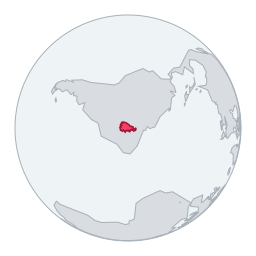 the Earth from above Tocantins, rotated 101°
{"feature_id": "BRA-596", "entity_name": "Tocantins", "entity_type": "State", "adm_level": 1, "iso_a3": "BRA", "parent_name": "Brazil", "parent_adm1": "", "projection": "orthographic", "projection_center": [-48.148, -9.274], "detail": "fine", "context": "on_globe", "style": "filled", "palette": "rose", "viewbox_px": 256, "rotation_deg": 101, "n_neighbors": 0, "source": "natural_earth", "source_scale": "10m", "svg_char_len": 9016}
<svg xmlns="http://www.w3.org/2000/svg" viewBox="0 0 256 256"><g transform="rotate(101 128 128)"><circle cx="128" cy="128" r="113" fill="#eef3f6" stroke="#a8b0b8"/><path d="M90.3,21.8L90.2,22.0L92.5,21.2L93.7,21.1L96.7,20.2L95.7,20.8L99.0,19.7L99.3,19.4L100.9,18.9L102.7,18.5L101.8,18.9L100.7,19.2L101.4,19.2L100.1,19.7L101.8,19.2L100.4,20.1L104.5,18.7L105.6,18.9L104.0,19.7L100.6,20.3L88.5,24.7L85.8,26.3L85.4,27.6L91.9,28.2L90.4,29.9L90.9,31.7L93.3,30.2L93.8,28.4L98.5,26.5L98.5,24.8L100.4,23.9L101.9,22.2L105.4,21.9L108.1,22.5L107.1,24.0L108.2,24.5L112.2,22.8L113.3,25.7L119.1,28.1L118.9,29.2L113.2,31.2L105.4,31.5L97.9,35.5L106.6,32.5L106.1,35.7L107.6,36.1L109.9,35.9L111.5,34.6L112.2,35.8L103.8,38.8L103.1,37.8L105.8,36.7L102.1,37.1L96.5,39.8L96.7,41.5L88.0,44.9L88.1,46.3L86.2,48.0L86.7,45.4L85.6,50.3L75.4,57.1L73.6,66.8L71.2,59.7L67.9,59.4L63.5,60.4L63.1,61.9L58.0,61.9L52.3,66.3L48.6,74.7L49.1,80.6L55.0,79.5L57.5,75.6L62.2,74.0L57.2,84.3L65.3,84.4L63.6,92.1L65.7,95.8L70.1,94.2L74.5,95.6L78.2,90.7L84.0,87.8L83.6,94.0L87.1,88.1L90.0,90.9L101.7,90.0L100.7,91.5L110.5,98.6L121.8,101.8L124.4,106.5L123.0,109.4L127.1,110.3L127.1,112.3L144.0,115.6L153.1,121.0L153.1,127.9L146.1,135.7L141.1,152.8L128.9,158.3L126.7,165.4L118.8,175.9L111.3,175.2L114.5,180.4L111.1,183.6L106.5,184.0L106.6,187.7L103.2,187.9L106.1,190.3L102.1,195.4L105.0,199.3L102.5,203.3L104.5,205.6L103.0,205.6L101.8,206.6L102.2,207.9L96.9,206.0L93.7,200.8L94.3,198.1L92.3,197.8L93.4,190.7L91.8,192.3L89.4,182.1L90.4,173.5L88.3,149.7L85.5,145.3L77.1,140.6L66.8,124.8L69.0,117.7L67.0,114.8L73.5,104.7L72.2,96.4L70.0,95.4L67.6,98.9L60.4,94.6L58.5,88.8L40.0,83.3L38.9,80.9L40.0,76.1L40.1,63.3L37.2,76.2L36.0,74.3L36.3,70.0L37.6,68.4L39.8,62.0L39.6,60.4L44.6,52.8L55.0,42.3L54.1,43.3L56.7,41.0L57.9,39.8L58.0,39.7L65.5,34.3L73.4,29.5L81.7,25.3L90.3,21.8ZM72.4,70.3L81.6,74.2L75.7,75.4L76.9,74.3L74.7,72.5L70.4,71.3L65.4,73.1L72.4,70.3ZM78.1,64.2L76.5,64.0L78.2,63.7L78.1,64.2ZM57.7,40.0L55.8,41.7L55.6,41.7L56.7,40.8L57.7,40.0ZM99.8,22.6L100.8,22.4L100.0,22.8L99.8,22.6ZM99.5,22.2L97.9,22.7L97.5,22.6L98.5,22.3L99.5,22.2ZM101.6,21.5L97.0,22.4L96.4,22.2L99.7,20.8L101.6,21.5ZM98.7,19.5L98.4,19.8L96.9,20.0L98.7,19.5ZM97.5,19.6L97.3,19.6L97.8,19.5L99.6,19.0L97.3,19.8L90.6,21.8L90.7,21.7L97.5,19.6ZM101.4,18.7L99.9,19.0L101.0,18.7L104.1,18.0L102.8,18.3L101.4,18.7ZM103.5,18.2L105.7,17.6L106.9,17.5L102.9,18.4L103.5,18.2ZM101.1,18.6L99.9,18.9L100.1,18.9L101.1,18.6ZM112.3,17.1L110.5,17.2L110.9,17.0L112.3,17.1ZM106.5,17.5L106.1,17.5L107.7,17.2L106.5,17.5ZM109.3,16.9L109.6,16.9L112.9,16.5L112.6,16.6L107.4,17.3L108.7,17.0L109.3,16.9ZM107.0,17.3L106.9,17.4L105.0,17.7L107.0,17.3ZM106.2,210.1L97.6,206.8L102.2,208.2L104.1,206.0L109.1,208.7L106.2,210.1ZM112.3,204.5L115.2,203.3L116.3,203.9L114.5,204.9L112.3,204.5ZM217.7,59.8L215.6,58.1L211.7,53.6L210.8,51.7L217.7,59.8ZM204.6,45.4L204.0,44.8L208.4,49.5L210.7,51.9L209.2,51.6L212.9,55.7L213.5,57.2L207.5,50.9L205.8,48.9L197.0,42.3L198.6,44.3L207.0,50.8L205.7,50.1L208.0,53.4L205.2,50.3L195.6,43.2L192.2,43.8L193.0,51.5L189.9,52.0L185.0,50.1L179.5,41.8L187.0,41.8L185.2,39.4L179.2,35.8L182.0,36.3L180.5,35.0L182.9,35.1L181.9,32.5L183.7,32.6L179.1,29.2L179.4,29.0L182.0,30.9L184.8,32.6L188.7,33.6L188.2,33.1L184.9,30.9L186.4,31.7L182.7,29.6L182.8,29.6L190.5,34.3L197.8,39.6L204.6,45.4ZM181.2,28.7L179.6,27.9L175.6,25.9L175.1,25.7L181.2,28.7ZM172.9,24.7L175.1,25.8L177.1,26.8L179.7,28.1L184.5,31.3L184.0,31.5L176.8,27.4L175.4,27.5L170.4,24.8L164.8,21.5L172.9,24.7ZM230.6,81.5L226.6,73.7L225.5,71.6L225.3,71.4L225.0,70.9L226.8,74.2L224.4,70.1L232.0,84.9L234.4,91.2L235.5,94.5L237.9,103.5L239.6,112.7L240.5,122.0L240.6,131.3L240.1,136.2L238.6,148.3L236.2,158.3L233.2,163.5L230.2,171.6L228.1,173.6L225.8,178.1L222.4,182.3L217.8,185.9L213.5,184.4L215.8,180.2L217.6,171.4L221.2,151.1L225.1,142.8L225.8,136.0L222.4,120.3L223.3,112.4L221.8,108.8L218.9,109.1L216.8,104.9L214.8,104.5L200.5,105.7L194.4,100.2L183.3,84.6L184.7,78.8L182.1,72.1L189.4,52.1L194.2,53.7L203.7,52.8L205.4,53.8L207.8,58.3L217.7,65.9L216.8,62.4L222.2,67.5L223.6,68.6L219.9,62.9L225.7,71.9L230.6,81.5ZM190.7,62.1L191.4,64.0L190.7,62.1ZM102.1,89.9L103.5,91.1L101.5,91.2L102.1,89.9ZM74.5,77.9L76.6,77.8L77.6,78.6L75.9,79.1L74.5,77.9ZM93.3,76.4L95.9,76.8L93.0,77.4L93.3,76.4ZM83.2,74.7L91.2,76.4L85.6,78.5L80.6,77.6L84.3,76.7L83.2,74.7ZM76.4,67.5L77.6,67.8L77.0,68.9L76.4,67.5ZM79.4,64.0L78.8,64.2L78.4,63.4L79.4,64.0ZM106.6,35.5L107.3,35.3L109.4,35.3L108.1,35.9L106.6,35.5ZM120.7,32.8L121.4,34.7L120.0,33.6L118.3,34.5L113.2,33.6L118.6,29.7L117.1,31.5L120.7,32.8ZM108.0,31.7L110.6,32.4L107.5,31.8L108.0,31.7ZM169.9,28.9L172.1,29.7L173.3,31.0L171.0,31.8L169.3,29.8L169.9,28.9ZM175.0,30.6L168.4,26.8L169.6,26.4L170.0,27.2L171.5,27.3L172.6,28.7L180.1,32.4L181.6,33.9L176.6,34.0L177.4,33.0L175.2,32.2L175.0,30.6ZM149.6,20.7L146.8,19.9L152.9,20.0L154.9,20.9L152.7,21.5L149.2,20.9L149.6,20.7ZM108.3,19.1L106.9,19.4L107.1,19.2L108.6,18.8L108.3,19.1ZM111.5,17.2L115.1,18.0L113.6,18.2L117.5,18.8L115.1,19.9L112.6,19.4L113.7,20.8L110.4,20.8L111.6,21.8L106.4,20.6L103.5,20.9L107.6,20.1L110.0,19.1L110.1,18.7L108.4,18.1L103.5,18.6L105.0,18.0L107.4,17.5L108.8,17.2L107.4,17.6L110.3,17.1L109.3,17.5L111.5,17.2ZM138.1,15.8L138.5,15.9L140.6,16.1L139.6,16.1L140.8,16.2L141.3,16.4L142.7,16.7L141.5,16.8L143.0,17.2L141.6,17.0L144.6,17.7L141.8,17.3L142.1,17.7L144.7,17.9L134.8,19.4L132.8,20.9L132.7,22.6L127.9,22.1L125.0,20.4L123.6,18.5L126.2,17.4L123.5,17.5L124.0,17.1L125.9,17.1L123.3,16.8L124.1,16.5L122.9,15.9L118.6,16.0L118.0,15.9L120.1,15.8L118.1,15.8L121.7,15.5L121.4,15.6L121.5,15.5L129.8,15.4L138.1,15.8ZM118.3,15.8L118.0,15.8L117.7,15.8L113.6,16.4L110.6,16.7L112.1,16.5L112.8,16.4L113.4,16.3L113.5,16.3L118.3,15.8ZM205.3,52.4L206.3,52.8L207.3,52.9L208.7,55.1L205.3,52.4ZM198.8,47.5L199.4,47.4L201.9,50.3L200.9,50.0L198.8,47.5ZM197.5,45.0L199.2,47.2L197.7,45.9L197.5,45.0ZM182.3,30.8L182.7,30.7L183.6,31.3L184.4,32.0L182.3,30.8ZM218.8,61.3L219.6,62.6L218.9,61.6L218.7,61.3L218.8,61.3ZM214.9,58.5L216.8,60.2L215.3,59.1L214.9,58.5ZM229.8,176.2L230.0,175.6L232.4,170.2L236.0,159.8L233.3,168.1L229.8,176.2Z" fill="#d9dde1" stroke="#a8b0b8" stroke-width="1"/><path d="M132.6,130.1L132.5,130.3L132.1,130.5L131.9,130.7L131.7,130.8L131.6,131.0L131.5,131.3L131.4,131.3L131.3,131.6L131.2,131.8L131.0,132.0L131.2,132.3L131.3,132.4L131.6,132.4L131.8,132.5L132.0,132.6L131.9,132.7L131.7,132.8L131.6,133.0L131.8,133.0L132.0,133.2L131.9,133.3L131.7,133.4L131.7,133.5L131.5,134.0L131.6,134.3L131.8,134.3L131.8,134.5L131.7,134.8L131.5,135.0L131.3,135.0L131.2,135.1L130.9,135.2L130.7,135.4L130.4,135.5L130.0,135.5L129.7,135.7L129.4,135.8L129.2,135.8L129.1,135.7L128.9,135.5L128.9,136.0L128.6,135.9L128.4,135.8L128.1,135.7L128.0,135.4L127.9,135.5L127.7,135.7L127.4,135.7L127.1,135.6L127.0,136.0L126.9,136.0L126.8,135.9L126.8,135.7L126.7,135.3L126.8,135.2L126.7,135.1L126.5,134.9L126.4,134.8L126.4,134.6L126.2,134.7L126.1,134.8L125.8,135.3L125.7,135.6L125.7,135.8L125.4,135.7L125.1,135.7L124.6,135.5L124.5,135.4L124.4,135.4L124.0,135.2L123.9,135.1L123.9,134.9L124.0,134.8L124.1,134.7L124.2,134.3L124.2,134.2L123.9,134.3L123.8,134.5L123.7,134.6L123.6,135.0L123.4,135.0L123.3,134.9L123.2,134.7L123.2,134.4L123.3,134.2L123.2,134.0L123.2,133.9L123.1,133.5L123.1,133.4L123.2,133.2L123.1,132.9L123.2,132.7L123.0,132.4L123.0,132.2L123.1,131.9L123.1,131.7L123.2,131.3L123.2,131.2L123.3,131.0L123.3,130.9L123.3,130.7L123.5,130.4L123.6,130.1L123.7,129.9L123.6,129.7L123.8,129.5L123.9,129.3L124.0,129.1L124.0,128.9L124.2,128.6L124.2,128.4L124.3,128.2L124.4,127.9L124.5,127.8L124.7,127.6L124.8,127.5L124.8,127.4L125.0,127.2L125.3,127.0L125.4,126.9L125.4,126.7L125.5,126.6L125.6,126.4L125.8,126.2L125.9,125.7L126.0,125.6L126.0,125.3L126.0,125.2L125.9,125.1L125.7,124.9L125.6,124.7L125.9,124.1L126.0,124.0L126.0,123.7L125.9,123.5L125.9,123.4L126.0,123.3L126.3,123.1L126.5,123.0L127.0,122.9L127.0,122.7L127.1,122.4L127.3,122.3L127.4,122.2L127.5,122.3L127.6,122.2L127.5,121.9L127.7,121.7L127.8,121.5L127.8,121.4L127.7,121.2L127.8,121.0L128.0,120.9L127.9,120.7L127.7,120.6L127.6,120.4L127.3,120.4L127.2,120.4L126.9,120.3L127.0,120.2L127.3,120.0L127.5,119.9L127.7,120.0L128.0,120.1L128.3,120.1L128.5,120.1L128.6,120.3L128.8,120.4L129.1,120.5L129.3,120.6L129.3,120.8L129.3,121.1L129.4,121.3L129.4,121.5L129.4,121.8L129.5,122.0L129.4,122.3L129.5,122.3L129.4,122.4L129.4,122.5L129.3,122.9L129.3,123.0L129.3,123.3L129.3,123.5L129.2,123.5L129.0,123.8L128.9,123.8L128.8,124.0L129.0,124.0L129.3,124.1L129.3,124.3L129.1,124.4L129.3,124.4L129.3,124.6L129.5,124.6L129.6,124.8L129.7,125.0L129.8,125.0L130.0,125.4L130.1,125.5L130.3,125.6L130.5,125.4L130.9,125.3L131.0,125.3L131.3,125.6L131.2,125.8L131.2,126.0L131.2,126.3L130.9,126.3L130.6,126.4L130.5,126.6L130.4,126.9L130.4,127.1L130.1,127.4L130.1,127.5L130.3,127.6L130.5,127.8L130.6,128.1L130.7,128.3L130.9,128.4L131.1,128.4L131.1,128.5L131.0,128.8L130.9,128.8L130.9,129.0L131.0,129.0L131.3,129.3L131.3,129.5L131.5,129.8L131.8,129.8L132.0,129.8L132.1,130.0L132.3,130.1L132.5,130.1L132.6,130.1Z" fill="#f43f5e" stroke="#9f1239" stroke-width="1.5"/></g></svg>